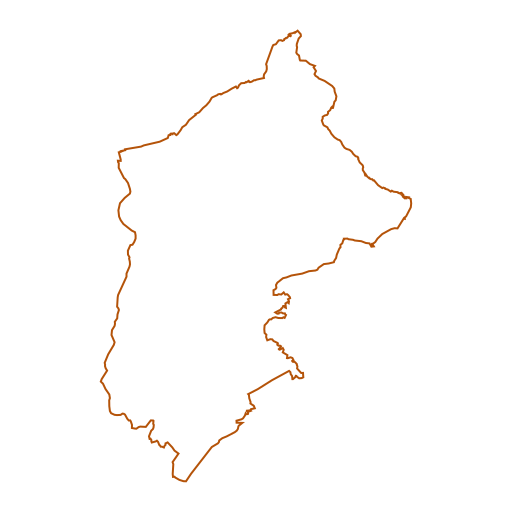 the district of Panatau, Buzau, Romania
{"feature_id": "2599482B60212068774024", "entity_name": "Panatau", "entity_type": "district", "adm_level": 2, "iso_a3": "ROU", "parent_name": "Romania", "parent_adm1": "Buzau", "projection": "natural_earth1", "projection_center": [26.419, 45.304], "detail": "fine", "context": "isolated", "style": "outline", "palette": "amber", "viewbox_px": 512, "rotation_deg": 0, "n_neighbors": 0, "source": "geoboundaries", "source_scale": "gbopen_adm2", "svg_char_len": 6035}
<svg xmlns="http://www.w3.org/2000/svg" viewBox="0 0 512 512"><path d="M173.0,476.9L174.5,476.7L175.2,477.5L179.4,479.9L183.5,481.2L186.0,481.3L191.1,473.7L211.8,447.0L218.0,443.3L219.0,441.9L219.2,440.5L222.3,438.2L226.7,436.4L234.9,432.1L236.8,430.6L237.9,428.9L238.4,426.4L238.8,425.7L242.3,422.9L236.6,422.7L236.5,420.7L241.5,419.3L243.0,418.4L244.9,415.6L245.6,413.5L246.1,414.3L247.9,414.0L248.2,412.9L246.9,411.2L246.9,410.7L248.9,410.5L248.9,411.1L249.6,411.3L250.9,410.8L250.3,410.2L250.9,409.2L254.8,408.3L253.8,405.8L250.4,403.5L250.6,402.1L249.3,398.4L248.9,394.9L248.2,394.1L257.7,389.2L272.0,380.2L289.1,370.9L290.4,372.2L290.7,374.1L292.1,376.1L292.4,379.1L293.0,379.1L295.1,377.3L295.8,375.8L296.4,375.9L296.9,376.7L299.2,378.3L301.7,378.1L303.3,377.3L303.0,372.9L301.2,373.0L297.1,368.5L297.4,366.3L296.8,364.9L296.9,364.2L295.1,362.2L294.0,361.7L293.1,361.9L292.3,361.3L292.2,360.9L293.5,360.2L292.4,358.0L290.6,357.3L287.8,358.2L287.0,358.1L287.4,355.1L282.8,352.4L283.7,349.8L282.8,348.1L279.7,349.7L279.0,349.4L278.8,349.1L280.1,347.8L281.0,346.3L280.1,345.7L278.5,345.7L277.4,344.9L277.3,344.4L277.9,343.7L277.7,343.0L273.5,341.0L272.3,339.4L270.3,339.2L267.3,340.3L266.1,337.0L266.4,334.7L264.6,333.0L264.3,329.3L264.6,325.3L267.3,322.5L269.0,319.8L270.0,319.3L271.2,319.4L272.7,318.0L275.5,317.2L278.3,318.0L282.3,318.1L283.4,317.3L284.6,317.9L286.0,315.0L285.2,314.4L284.9,313.4L283.0,313.4L281.5,312.5L279.9,312.6L279.0,312.9L278.7,313.6L277.3,313.7L275.3,312.4L281.1,309.4L281.2,308.6L282.5,307.7L283.2,306.0L284.5,306.0L285.0,307.4L285.9,307.8L285.4,303.5L287.4,302.2L288.7,303.2L289.0,301.3L288.0,299.2L290.1,298.2L289.9,297.2L288.0,294.9L287.0,294.2L285.2,294.6L283.7,292.4L281.3,294.5L278.6,294.2L277.3,295.0L273.6,294.9L273.5,290.2L275.5,289.1L276.4,287.8L276.0,285.0L277.3,282.7L283.0,278.2L286.5,277.4L291.4,275.5L302.2,273.6L309.0,271.2L315.5,270.5L317.4,269.7L318.6,267.7L323.8,264.1L328.7,263.5L333.9,262.2L334.3,260.7L336.1,258.0L336.8,254.6L339.4,248.5L340.5,247.3L340.4,244.9L342.3,243.3L343.3,240.0L344.0,239.5L343.9,238.7L347.5,238.6L348.4,239.2L353.0,239.8L354.8,240.5L361.3,241.2L365.9,243.0L369.5,243.4L371.4,246.7L373.8,246.4L373.2,245.4L371.8,244.7L372.0,243.8L373.1,243.6L375.2,242.1L377.5,238.6L382.3,234.0L391.2,229.1L394.6,228.2L397.5,228.4L403.6,218.7L404.8,218.9L404.8,218.4L404.2,218.4L404.2,217.8L406.1,216.4L410.8,207.3L411.2,203.4L410.7,198.9L408.4,197.8L408.7,197.3L406.5,197.0L406.4,198.3L404.7,198.3L404.3,197.7L404.8,197.2L404.2,197.0L404.3,196.6L403.9,196.5L403.7,197.4L402.8,196.6L402.9,195.8L402.4,195.4L403.2,195.5L403.4,195.0L401.5,192.8L399.1,193.2L398.3,193.0L397.8,192.2L393.6,191.7L391.8,190.7L390.8,191.6L387.7,189.5L385.3,188.9L385.2,188.3L383.3,187.6L382.3,188.1L378.1,185.2L374.0,180.3L373.3,180.5L372.2,179.2L371.3,179.3L369.7,178.6L369.4,177.9L369.0,178.1L367.3,176.6L366.3,175.1L366.2,175.8L365.2,175.5L364.5,172.7L362.8,170.1L362.8,168.3L363.2,167.5L363.0,166.1L362.5,165.1L359.7,162.4L358.1,158.9L358.4,158.2L357.6,156.8L355.6,156.2L353.2,153.9L351.8,151.7L349.6,149.9L346.4,148.9L344.5,147.7L342.3,144.5L341.2,141.9L339.6,140.1L337.8,139.6L334.4,137.3L331.3,133.7L329.7,130.6L328.2,129.1L327.4,127.3L323.9,125.4L323.3,124.6L321.8,120.5L322.7,118.6L322.7,116.8L324.7,115.5L327.1,114.9L328.1,113.4L328.0,111.9L330.2,110.1L331.2,107.7L331.8,107.1L332.0,108.0L333.0,107.9L334.4,101.7L335.7,100.3L336.4,96.3L334.7,91.7L334.3,88.5L332.2,86.0L324.6,80.9L318.6,78.4L318.1,77.5L315.5,75.8L314.5,74.1L316.0,71.0L313.6,67.3L314.9,65.9L309.9,64.1L305.8,60.7L300.2,60.5L299.8,59.8L299.0,55.5L297.2,54.1L296.3,52.7L297.1,47.1L296.7,46.0L296.8,44.0L298.7,38.5L300.9,36.1L300.7,34.2L297.6,30.7L295.1,32.7L294.9,32.2L292.7,33.2L289.6,33.8L288.9,34.4L290.5,35.3L290.8,35.8L290.5,36.2L288.6,35.7L287.3,37.7L286.0,37.9L285.7,38.5L284.4,38.9L284.0,40.2L282.3,40.9L281.1,40.2L278.7,40.4L275.9,44.2L273.3,45.0L272.5,46.5L266.1,64.2L266.7,66.0L266.8,69.1L266.2,71.4L264.1,74.3L263.7,76.4L264.0,78.0L256.7,79.6L255.1,80.3L254.1,80.2L251.7,81.7L249.9,82.2L249.3,82.0L249.2,81.4L248.6,80.8L246.5,82.3L245.9,82.0L244.6,83.0L241.2,83.2L239.0,85.3L238.0,87.6L237.1,88.2L235.9,86.5L231.8,88.6L227.2,91.5L223.4,93.0L221.4,94.3L220.1,94.5L220.9,94.0L220.2,93.9L218.2,94.3L217.1,95.2L212.4,97.3L211.7,97.8L209.5,101.6L206.3,105.3L203.0,108.0L199.2,112.3L195.4,114.1L195.8,114.8L189.1,120.1L185.9,124.8L182.3,127.2L180.6,130.2L177.4,134.4L176.3,135.1L174.2,133.2L173.0,133.4L172.6,134.2L171.1,133.5L170.2,134.2L170.3,135.0L168.6,135.2L167.8,138.0L159.7,141.7L143.8,145.4L141.1,146.6L125.0,149.3L125.2,150.2L121.7,150.9L121.9,151.2L120.6,151.4L120.7,151.8L118.8,152.3L120.7,159.5L120.7,160.9L117.9,160.7L118.1,162.2L118.8,163.2L118.7,167.8L124.0,178.1L125.3,179.1L128.0,183.0L129.9,188.8L130.4,191.6L129.9,193.6L124.7,197.9L120.0,203.2L118.4,210.3L119.1,216.6L120.7,220.2L123.4,224.0L131.8,230.6L135.0,232.2L135.6,235.3L135.6,238.6L134.2,242.0L132.5,244.7L130.4,245.1L127.9,250.7L128.0,254.6L129.5,257.3L129.1,258.6L129.8,261.5L130.0,264.3L129.5,266.6L126.5,273.6L126.5,276.7L118.1,295.0L117.7,297.3L117.1,306.7L118.4,308.4L118.9,310.0L117.5,314.4L117.2,318.4L114.8,321.8L115.0,323.8L114.6,325.9L112.0,330.1L111.5,335.0L114.6,342.2L113.8,344.9L108.2,354.3L104.7,362.8L105.1,364.7L105.0,366.1L105.7,368.3L107.1,370.6L101.7,379.1L100.8,381.6L103.0,383.7L105.5,389.0L109.3,394.5L109.9,398.1L109.2,400.3L109.3,406.2L109.9,411.0L111.1,413.2L114.5,414.8L117.0,415.1L120.6,414.9L122.5,413.6L123.8,413.8L125.0,414.6L127.3,418.8L128.8,420.5L130.2,420.4L130.8,421.4L132.0,424.9L131.9,428.0L135.1,428.6L136.4,428.7L138.6,427.1L140.2,426.6L145.8,426.9L150.8,420.4L153.2,420.5L153.5,420.8L153.2,423.8L153.8,424.9L153.5,427.6L152.9,429.1L151.2,430.7L149.0,436.3L149.6,438.9L150.5,438.7L151.4,440.1L151.3,441.2L151.8,442.5L155.8,441.4L156.9,440.7L158.0,441.8L159.3,445.0L159.9,445.3L160.7,446.7L162.0,446.7L163.9,447.5L164.6,445.7L165.5,444.9L165.5,443.4L167.6,442.4L172.3,447.4L174.5,450.6L178.5,453.6L172.6,462.1L173.3,464.2L172.7,474.0L173.0,476.9Z" fill="none" stroke="#b45309" stroke-width="2"/></svg>